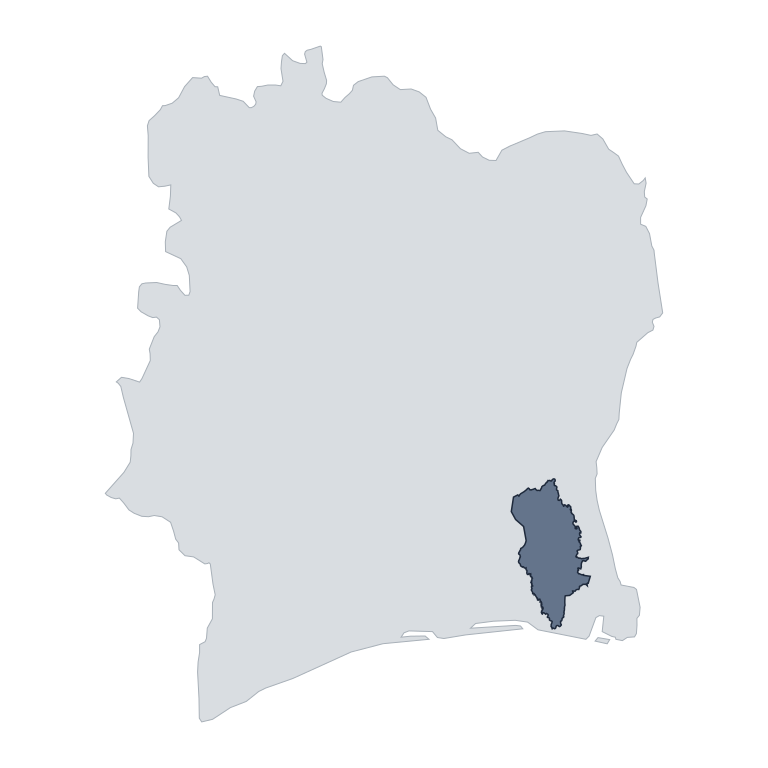 Me, Agnéby, Ivory Coast (highlighted)
{"feature_id": "98640826B88194950838049", "entity_name": "Me", "entity_type": "district", "adm_level": 2, "iso_a3": "CIV", "parent_name": "Ivory Coast", "parent_adm1": "Agnéby", "projection": "natural_earth1", "projection_center": [-3.666, 5.937], "detail": "fine", "context": "in_parent", "style": "filled", "palette": "slate", "viewbox_px": 768, "rotation_deg": 0, "n_neighbors": 0, "source": "geoboundaries", "source_scale": "gbopen_adm2", "svg_char_len": 9596}
<svg xmlns="http://www.w3.org/2000/svg" viewBox="0 0 768 768"><path d="M162.5,105.7L165.2,105.6L172.2,103.2L178.6,97.8L184.6,86.6L192.6,77.6L201.6,78.2L204.3,76.6L207.5,76.2L211.2,82.2L215.0,86.7L217.7,86.8L219.7,95.4L236.2,99.0L243.2,101.3L249.2,107.6L251.2,107.7L253.8,106.4L255.7,104.2L256.1,101.8L253.6,96.2L254.7,91.1L257.4,86.6L261.6,86.3L268.0,85.0L275.3,85.0L280.8,85.8L283.0,81.3L281.0,68.6L281.5,61.6L282.4,55.7L284.5,53.3L292.6,60.7L300.1,63.4L305.4,63.6L306.9,62.2L304.6,54.1L305.3,51.6L307.2,50.2L310.8,49.4L320.3,46.1L321.3,46.7L323.0,59.5L322.2,63.7L324.2,72.4L326.6,80.4L326.4,83.7L324.4,88.7L322.0,93.3L322.2,95.2L326.0,98.3L333.3,101.5L340.8,102.2L345.0,97.5L349.4,93.7L352.4,90.3L353.5,85.3L358.2,81.6L371.9,76.9L384.4,76.2L387.4,77.7L393.1,84.8L400.3,89.6L411.2,89.0L419.2,91.9L426.0,97.3L430.6,109.3L435.6,118.0L437.8,130.3L445.8,136.8L452.0,139.8L460.4,148.7L469.2,153.3L478.2,152.3L482.5,157.0L489.2,160.3L496.0,160.5L501.9,150.2L509.8,146.1L529.6,137.8L537.4,134.1L545.4,131.7L564.5,130.9L582.2,133.5L591.0,135.4L597.1,134.0L602.8,138.9L608.7,149.2L613.6,152.5L618.5,156.1L622.2,164.2L626.5,172.3L628.9,175.9L634.2,183.8L638.8,184.0L643.3,180.5L645.2,177.9L646.1,183.2L644.3,191.7L644.7,197.0L647.2,199.0L645.9,205.8L640.6,217.4L640.6,224.2L645.8,226.4L649.5,233.6L651.8,246.0L654.0,250.2L654.2,252.7L658.0,282.8L662.7,312.9L659.7,316.9L655.7,318.0L653.0,319.4L652.3,322.2L654.0,326.4L652.9,330.1L647.8,332.7L636.8,342.3L636.0,346.1L633.1,354.3L630.6,359.3L627.0,368.5L621.3,392.9L619.2,413.2L618.9,419.4L616.7,423.8L614.2,430.0L602.2,447.4L596.1,461.6L596.8,467.7L597.1,473.9L595.3,478.4L595.7,490.4L597.1,500.4L599.3,510.2L608.0,538.1L612.5,555.0L615.3,568.6L617.8,577.8L620.1,581.5L621.1,585.0L634.0,587.5L636.5,589.5L640.1,607.3L639.4,615.3L636.9,618.4L637.0,625.2L636.4,633.6L634.5,636.9L627.3,637.4L622.4,640.6L615.9,639.3L615.3,637.2L611.8,636.4L602.2,631.6L603.8,616.2L599.4,615.6L595.9,617.6L589.1,636.1L585.9,639.3L538.0,629.8L527.6,622.1L515.2,620.3L493.5,621.2L475.6,623.5L470.5,628.2L515.6,625.4L520.5,626.0L522.8,628.8L465.7,634.9L443.9,638.5L437.4,637.5L432.5,631.6L408.9,630.9L404.0,632.8L401.1,637.2L410.4,636.2L425.1,636.0L429.0,639.3L383.0,643.7L351.1,652.0L337.5,658.2L293.0,678.4L265.8,688.0L258.7,691.5L246.3,701.4L230.4,707.6L212.6,719.3L201.7,721.9L199.3,718.2L199.0,698.5L197.6,672.1L198.1,662.0L199.6,652.5L199.6,644.6L205.1,641.7L206.5,638.3L207.3,628.1L212.4,618.8L212.5,602.5L214.0,599.1L215.2,594.8L213.0,584.1L210.3,564.0L208.9,562.7L207.7,563.5L204.8,563.9L193.6,556.9L185.0,555.7L179.0,549.8L178.6,543.0L175.7,539.1L173.6,531.2L170.6,522.3L162.1,516.8L154.2,515.5L148.5,516.7L141.8,516.3L134.2,513.3L128.9,509.9L124.0,503.3L119.4,498.1L115.7,498.8L111.2,497.5L106.8,495.1L105.3,493.3L123.9,472.4L130.2,462.2L130.9,455.9L131.0,449.6L133.0,443.1L133.5,433.3L123.4,397.5L120.8,386.4L118.1,383.1L116.3,381.9L121.5,377.3L128.7,378.5L139.6,382.1L142.0,378.5L150.3,360.5L150.1,353.7L149.3,349.1L154.2,336.7L158.0,331.9L160.0,326.8L159.4,319.7L156.5,317.1L152.7,317.6L148.1,315.8L141.1,311.8L137.6,308.2L138.7,291.8L139.4,286.8L141.9,283.8L145.7,283.0L156.6,282.5L165.3,284.4L173.0,285.5L177.2,285.5L180.4,290.3L184.9,295.3L188.8,295.2L190.1,291.6L189.3,275.4L186.7,266.9L180.8,258.7L165.6,251.6L165.3,241.8L166.9,231.2L170.2,227.2L181.5,220.4L179.5,216.8L175.9,212.9L168.8,209.0L170.4,196.3L170.8,184.9L164.8,186.2L158.5,186.8L153.3,183.3L148.9,176.4L148.1,157.4L148.2,135.5L147.4,125.8L149.1,120.6L154.5,115.8L160.4,109.6L162.5,105.7ZM609.7,639.6L607.2,643.8L595.1,641.1L598.0,637.6L609.7,639.6Z" fill="#d9dde1" stroke="#a8b0b8" stroke-width="1"/><path d="M531.3,590.0L532.8,592.6L532.8,592.9L532.6,593.1L532.7,593.7L533.5,594.0L533.9,593.6L534.0,593.6L534.0,594.0L534.3,594.2L534.3,594.5L534.5,594.3L534.7,594.6L534.9,594.6L535.2,595.2L535.4,595.2L535.6,595.8L536.5,597.2L536.8,598.0L537.4,598.1L537.5,598.6L537.4,599.3L537.6,599.5L537.6,600.0L537.9,600.1L538.3,599.5L538.7,599.9L539.3,599.3L539.6,599.2L539.6,599.6L539.9,599.6L540.1,599.8L540.1,600.4L540.4,600.8L540.2,601.4L540.6,601.5L540.4,601.8L541.1,601.7L541.6,602.8L541.5,603.0L541.1,603.2L541.3,603.6L541.8,604.0L541.8,604.3L541.5,604.5L541.6,604.8L541.0,605.0L541.1,605.4L541.3,605.6L541.3,606.7L541.9,606.6L542.0,607.6L542.3,607.2L542.4,607.4L542.8,607.3L542.9,607.6L542.7,607.9L543.1,608.2L543.0,608.4L542.6,608.5L542.9,609.1L542.7,609.3L542.4,609.2L542.4,610.1L541.7,610.9L541.9,611.2L541.8,611.8L541.5,611.7L541.4,612.1L541.4,612.4L541.7,612.4L541.9,612.7L541.8,613.6L542.2,614.0L543.0,614.3L542.5,613.9L542.4,613.2L542.9,612.8L543.8,612.7L545.7,614.2L546.4,613.5L547.8,614.2L548.2,614.9L548.0,615.3L548.1,615.7L547.4,616.7L547.4,617.3L548.0,617.6L548.7,617.6L549.3,618.1L549.5,618.7L549.4,619.9L549.7,620.2L550.7,620.8L551.4,620.9L552.1,621.4L551.9,622.9L551.2,624.4L551.1,626.6L551.6,627.0L552.2,628.7L552.7,628.1L553.0,628.1L553.3,628.1L554.4,628.7L554.8,628.7L555.2,628.5L555.8,627.8L556.0,626.7L556.3,626.0L556.8,625.6L557.5,625.5L558.1,625.6L559.2,626.5L559.6,626.6L560.2,626.3L561.3,625.0L561.2,624.4L560.7,623.8L560.5,621.6L561.0,620.9L561.5,620.9L562.0,619.9L562.1,618.4L562.7,617.8L563.5,617.4L563.8,616.8L563.4,616.4L563.4,616.0L564.1,613.8L564.1,612.8L563.8,612.2L564.1,611.8L564.1,610.8L564.3,610.6L564.4,610.2L564.5,608.6L564.3,608.2L564.5,607.8L564.5,606.9L565.0,605.2L564.8,602.9L564.8,600.6L565.0,597.0L565.3,595.8L569.7,595.4L573.3,592.7L572.7,591.7L572.6,591.0L575.1,591.2L575.7,590.3L576.4,589.7L577.4,589.4L578.8,589.5L579.6,587.3L579.4,586.9L579.6,586.3L581.3,585.7L583.1,584.2L583.5,584.4L584.2,584.4L585.2,584.1L586.6,585.0L587.3,585.7L587.2,584.9L586.7,583.9L587.5,583.1L587.8,583.0L587.9,583.3L588.2,583.3L590.3,576.3L583.7,575.4L583.8,575.1L583.6,574.6L583.0,574.9L582.6,574.7L581.5,574.7L579.3,573.7L578.8,573.8L578.2,573.0L577.6,572.6L577.8,570.9L578.0,571.0L578.6,570.3L578.5,569.6L578.2,569.3L577.8,568.8L578.2,567.9L578.6,568.0L579.1,568.5L579.6,568.3L580.4,568.9L580.9,568.8L580.9,568.3L581.4,566.9L581.2,566.2L581.4,563.2L581.7,562.8L581.7,562.3L582.2,561.7L582.4,560.9L583.3,560.5L583.8,560.9L584.4,560.8L585.2,561.3L585.9,561.1L586.2,560.5L588.1,559.0L588.3,558.6L588.1,558.1L588.3,557.3L584.2,558.5L583.4,558.4L581.5,558.7L579.8,558.0L579.2,558.3L578.7,558.2L577.6,557.4L577.2,557.0L576.9,557.0L576.4,557.3L576.0,556.7L575.9,556.2L576.3,555.9L576.6,555.0L576.8,554.3L577.7,553.7L577.7,552.7L577.4,551.7L577.1,551.2L577.1,550.9L578.2,550.0L578.9,550.0L580.1,549.6L580.3,549.2L580.5,547.7L580.3,546.6L580.3,546.4L581.2,546.0L581.4,545.7L581.3,545.3L580.5,544.5L580.5,543.7L580.1,542.9L579.1,541.9L579.2,541.6L579.9,540.9L579.9,540.3L579.8,540.1L579.4,540.1L578.6,540.5L578.2,539.7L578.3,539.0L578.7,537.9L579.2,537.6L580.7,537.4L581.0,537.0L581.0,536.6L580.8,536.4L579.7,535.1L579.5,533.7L579.8,532.7L580.0,532.6L580.8,533.0L580.9,532.9L580.7,532.1L580.9,531.7L580.6,531.1L579.7,530.2L579.0,527.7L578.1,526.2L577.4,526.2L576.3,526.4L576.1,526.6L576.2,527.2L577.0,528.0L577.0,528.5L576.9,528.7L576.4,528.9L575.5,528.7L575.3,528.6L575.1,528.1L575.3,527.3L575.1,526.3L573.1,524.0L572.9,523.3L573.0,522.5L573.7,521.2L574.5,521.1L575.8,522.1L576.4,521.9L576.5,521.7L576.3,520.7L575.1,520.2L574.3,519.4L574.2,517.6L574.0,517.2L574.1,516.5L573.9,515.6L573.5,514.9L571.7,513.4L571.8,513.1L571.1,512.4L571.4,510.2L571.3,509.8L570.8,510.1L570.6,510.1L570.3,509.5L570.8,508.2L570.6,507.4L570.8,507.0L569.0,505.0L568.4,504.8L567.7,505.2L567.6,505.6L568.0,506.0L568.1,506.5L567.9,506.8L567.4,507.1L566.5,506.3L565.8,505.4L564.7,504.8L564.1,505.2L563.9,506.1L563.6,506.2L563.3,505.7L563.0,504.8L562.2,504.1L561.8,503.5L561.7,502.7L561.6,500.6L561.3,500.0L560.3,499.2L559.8,500.1L559.4,500.4L558.5,500.3L558.1,500.0L557.9,498.2L558.3,497.4L558.5,496.6L558.9,496.0L558.9,495.7L558.3,493.8L558.4,493.3L557.9,492.2L557.9,490.8L556.6,489.9L556.5,489.0L556.9,487.1L556.8,486.8L555.5,485.6L554.7,485.6L554.2,485.0L554.4,483.5L554.0,483.2L554.0,482.8L554.2,482.1L555.1,481.1L555.2,480.1L554.8,479.2L554.5,479.0L553.6,478.9L553.0,479.1L552.0,480.0L551.7,480.7L551.2,481.0L550.5,480.9L549.8,480.4L548.7,480.7L548.0,480.5L547.8,481.0L547.1,481.7L547.0,482.4L545.8,483.1L544.6,485.2L543.9,485.3L542.6,486.0L541.8,486.8L541.3,488.6L540.8,489.0L540.4,490.1L540.0,490.6L538.2,490.3L537.1,490.5L535.8,489.5L535.4,488.7L535.2,488.5L534.0,488.9L533.4,489.3L532.2,489.5L531.4,489.9L531.1,489.8L530.1,489.9L529.7,489.6L529.3,488.8L528.4,488.1L527.6,488.5L526.4,489.8L523.9,491.8L520.7,493.7L519.8,494.7L518.9,496.1L517.8,494.9L513.5,497.1L511.3,511.6L515.6,519.5L523.6,526.5L526.1,540.3L526.1,540.9L525.4,543.2L524.5,545.2L522.5,547.5L520.7,548.5L520.5,550.0L520.1,550.3L519.4,551.8L518.9,552.4L518.6,553.8L518.7,554.0L519.8,554.8L520.0,555.1L520.2,555.9L520.1,556.4L520.4,556.8L520.2,557.3L519.9,557.6L519.3,559.7L518.8,560.3L518.5,561.8L518.9,562.8L520.3,564.2L520.6,565.8L521.5,566.5L522.5,567.1L522.9,566.7L523.3,566.8L523.9,567.3L524.2,567.8L524.6,567.9L525.6,568.4L525.7,568.2L526.0,568.0L526.1,569.7L526.9,570.4L527.0,570.9L526.8,572.8L526.9,573.4L527.4,574.4L527.7,574.5L528.5,574.4L528.8,573.7L529.0,573.5L529.5,573.9L530.0,573.8L530.4,574.2L530.7,574.0L530.8,575.0L530.2,575.2L530.3,575.8L531.2,577.0L531.7,576.9L531.9,577.2L532.0,577.7L532.4,578.2L531.9,578.7L531.9,580.3L531.6,580.9L531.2,581.1L531.2,581.4L531.5,581.6L531.7,581.9L530.9,582.5L531.0,582.7L531.5,582.7L531.5,583.1L531.8,583.5L531.7,583.7L531.7,584.2L532.0,584.3L531.9,584.8L532.3,585.6L532.1,586.0L532.4,586.1L532.1,586.3L531.9,586.1L531.7,586.1L531.7,586.7L531.4,586.9L531.7,588.0L532.0,588.3L531.9,588.9L531.6,589.2L531.6,589.7L531.3,590.0Z" fill="#64748b" stroke="#1e293b" stroke-width="1.5"/></svg>